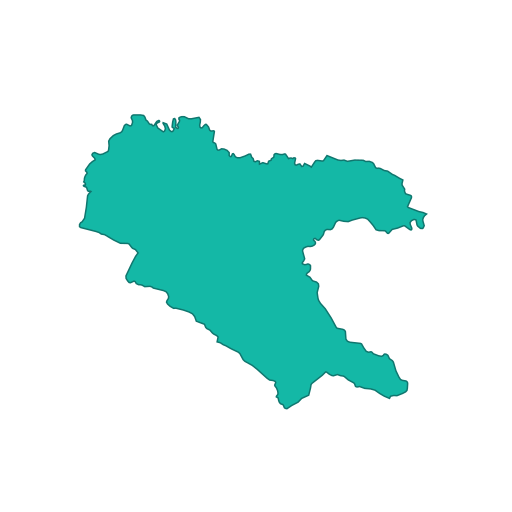 outline of Krong A Na, Đắk Lắk, Vietnam, rotated 202°
{"feature_id": "81297802B38165084831058", "entity_name": "Krong A Na", "entity_type": "district", "adm_level": 2, "iso_a3": "VNM", "parent_name": "Vietnam", "parent_adm1": "Đắk Lắk", "projection": "orthographic", "projection_center": [108.03, 12.494], "detail": "fine", "context": "isolated", "style": "filled", "palette": "teal", "viewbox_px": 512, "rotation_deg": 202, "n_neighbors": 0, "source": "geoboundaries", "source_scale": "gbopen_adm2", "svg_char_len": 6144}
<svg xmlns="http://www.w3.org/2000/svg" viewBox="0 0 512 512"><g transform="rotate(202 256 256)"><path d="M78.9,174.0L78.8,175.7L78.5,176.6L76.0,178.3L73.0,179.3L68.6,183.5L66.4,186.1L65.7,187.9L66.1,190.0L67.6,194.5L68.2,195.5L69.1,196.1L70.1,196.3L73.9,195.5L75.7,195.6L78.2,197.3L83.3,202.0L88.9,209.1L90.3,210.0L93.8,210.8L96.5,213.3L97.3,213.5L98.7,213.7L100.0,213.3L100.5,212.7L100.7,211.5L102.0,210.0L105.0,209.4L110.6,209.3L112.4,210.2L113.5,210.3L115.6,208.9L118.1,208.9L121.7,211.2L125.2,214.0L126.4,214.1L136.7,211.2L139.3,211.2L141.5,212.6L144.8,219.4L145.7,220.1L146.8,220.5L148.1,220.5L153.7,219.4L154.9,219.9L163.1,226.7L172.0,233.0L178.5,236.2L181.3,238.3L182.7,240.0L185.6,245.0L186.5,251.4L187.7,253.5L190.1,254.5L193.8,254.2L194.9,254.5L198.0,256.5L202.1,257.1L202.4,258.2L202.1,259.4L200.8,261.5L200.5,263.1L200.6,264.3L201.8,267.4L202.5,267.9L204.0,268.2L205.0,268.0L206.4,266.8L207.8,266.1L210.0,266.2L210.4,266.6L210.5,267.6L210.0,269.0L209.8,271.6L214.5,277.8L215.0,279.0L214.8,281.0L213.3,282.9L211.5,284.4L209.3,285.1L207.7,286.1L206.3,287.7L205.7,288.9L205.6,289.9L206.1,291.0L207.0,291.7L208.4,292.1L208.8,292.7L208.7,293.8L207.8,294.5L205.4,293.8L203.8,294.1L203.2,295.1L201.7,300.4L201.6,301.4L201.9,304.3L201.4,305.9L200.2,307.2L196.9,308.3L195.6,309.6L195.0,311.8L194.8,316.3L194.4,317.9L193.2,319.6L192.3,320.3L187.5,321.1L183.4,322.4L180.3,325.3L173.7,330.3L171.8,331.4L169.1,332.1L166.3,332.0L163.3,330.6L158.8,328.2L154.5,325.3L151.5,325.6L146.3,327.6L145.3,327.6L142.6,326.3L141.8,326.5L141.4,327.0L139.7,331.7L135.1,335.0L130.8,339.1L129.6,339.7L123.6,338.2L122.6,338.1L121.7,338.5L121.6,339.2L122.0,340.2L124.6,342.8L125.7,344.6L125.1,347.0L123.2,349.1L121.4,349.4L121.0,349.2L118.4,345.2L117.3,344.3L113.9,343.2L112.0,343.8L111.5,344.6L111.4,347.1L114.4,351.0L115.1,352.4L115.2,354.4L114.8,356.5L113.6,358.8L117.3,358.9L121.7,358.2L133.0,358.0L134.0,358.5L133.7,368.2L134.0,369.2L134.6,369.9L135.4,370.1L140.2,369.7L141.4,370.4L142.7,371.9L143.2,373.7L147.0,376.4L147.7,377.7L148.3,381.5L152.0,381.8L157.7,382.7L160.0,382.7L165.7,384.0L169.2,383.3L173.5,383.7L175.2,383.4L176.7,382.6L178.2,382.7L181.6,385.7L183.2,386.3L186.4,386.2L189.7,384.7L192.5,384.9L200.4,381.9L206.7,378.0L210.3,377.9L213.0,376.4L215.9,375.7L227.8,375.7L229.1,369.7L230.0,368.9L234.8,367.7L236.3,366.7L236.8,365.1L238.0,359.1L239.6,359.6L245.6,360.0L246.0,356.9L247.1,356.1L249.8,357.8L251.3,356.8L252.7,355.3L253.8,355.2L255.0,356.5L255.8,361.1L256.6,361.6L257.8,361.1L258.3,360.1L259.6,360.1L261.1,359.6L262.3,358.5L266.8,361.5L267.6,361.4L269.6,359.9L271.8,359.1L275.5,358.6L276.5,358.1L277.2,356.8L276.5,354.3L278.1,351.9L277.9,350.4L279.8,348.6L279.6,345.9L280.6,345.4L284.6,345.1L287.2,342.5L288.3,345.0L290.4,344.8L291.9,343.1L293.4,343.0L295.2,345.3L296.9,345.9L299.2,348.4L300.7,347.8L303.6,344.6L307.6,341.1L310.1,340.1L312.3,340.2L314.3,341.9L315.4,342.4L316.1,341.9L316.2,339.0L317.0,338.5L318.5,339.1L319.6,341.8L322.4,343.1L325.6,343.2L328.1,342.5L329.7,340.5L330.8,339.9L332.0,340.2L335.3,344.8L336.6,345.3L338.1,345.3L338.9,345.8L341.2,355.8L342.0,356.3L344.5,355.0L346.0,355.2L348.3,357.8L351.3,359.4L352.2,359.1L353.1,357.3L353.9,354.8L355.0,354.1L356.2,354.5L357.3,356.3L357.8,359.3L358.6,361.7L360.8,363.2L367.5,358.9L370.0,358.0L374.6,358.3L377.0,357.4L378.4,356.3L379.2,355.1L378.6,353.8L377.7,353.3L377.4,352.0L378.0,348.0L377.6,347.3L376.4,346.6L376.0,345.9L376.2,345.0L376.8,344.8L378.7,345.2L380.5,350.2L381.5,352.0L382.9,353.0L383.9,352.2L383.5,349.2L382.3,344.7L381.8,343.9L379.8,343.7L379.5,343.4L379.7,340.9L380.2,340.0L381.3,339.6L383.3,340.2L388.2,344.9L392.0,344.8L391.8,344.1L389.2,342.2L387.6,339.9L387.6,337.5L388.5,336.4L395.0,337.9L397.7,340.3L397.8,341.4L397.4,342.3L395.8,344.1L395.8,344.8L396.4,345.3L397.0,345.2L398.4,343.6L399.5,338.7L400.2,338.1L400.9,338.1L402.0,339.0L403.5,338.4L404.4,338.5L407.2,340.4L408.9,340.8L411.1,343.2L412.8,344.2L416.0,343.5L422.4,340.9L423.2,340.2L423.7,339.1L423.5,337.4L421.3,335.3L420.5,333.7L420.3,330.8L420.7,329.9L421.6,329.4L425.3,329.7L426.0,329.3L426.9,327.7L426.8,322.8L427.0,321.0L428.0,319.4L431.2,316.8L433.4,314.2L435.3,310.1L435.6,307.3L433.5,303.2L432.4,299.0L432.4,297.5L436.3,293.1L438.3,291.8L439.8,291.4L444.4,291.5L445.9,290.0L446.0,288.3L445.1,287.5L442.4,286.3L441.4,285.4L441.2,284.8L443.1,282.2L444.7,279.0L446.3,272.1L446.0,271.1L444.2,270.3L443.5,269.2L444.2,267.3L444.3,265.3L444.2,263.9L443.4,261.3L443.5,260.2L441.6,259.5L440.9,258.5L440.9,257.7L442.0,257.4L442.3,256.5L441.6,256.2L439.1,256.2L438.3,255.6L436.6,253.5L435.6,253.2L434.0,254.0L433.2,254.0L434.5,250.6L434.7,248.8L431.5,237.5L429.1,226.8L430.0,222.6L431.1,221.1L431.4,219.1L430.6,217.1L429.2,216.7L413.6,218.8L410.2,219.0L407.7,218.4L404.4,219.1L393.8,217.5L386.5,217.0L379.6,219.6L378.2,219.6L374.5,217.4L373.3,216.9L370.2,216.8L366.5,214.7L367.5,210.6L368.3,203.0L369.1,188.8L368.0,186.5L365.6,184.8L363.8,183.9L362.5,184.1L359.7,187.0L358.4,187.0L356.7,185.6L354.2,185.4L351.9,186.2L350.4,186.3L347.7,185.9L342.9,188.2L340.9,188.3L339.2,187.8L328.8,189.3L326.0,189.2L323.7,187.9L321.8,185.7L321.3,183.9L321.8,181.2L321.7,179.7L320.1,178.4L316.9,177.2L312.8,176.6L310.8,177.6L303.1,178.7L297.1,179.0L293.2,178.6L290.1,176.8L286.9,173.2L278.2,173.4L275.9,171.0L274.4,170.3L270.9,170.0L267.6,168.3L266.0,167.8L262.7,167.5L260.8,166.7L259.9,161.8L256.6,162.2L253.1,161.5L250.4,161.5L244.4,160.7L236.4,160.2L234.4,159.5L229.1,155.1L226.9,154.2L218.6,153.2L212.5,151.4L199.9,146.8L196.9,146.1L193.3,147.0L191.2,146.9L190.5,146.4L190.3,145.8L190.3,143.3L189.5,142.4L187.8,141.5L185.5,139.2L184.2,137.1L183.9,135.8L184.5,133.7L184.4,133.0L182.3,132.7L180.7,130.3L179.4,129.0L177.9,128.2L175.5,128.3L174.6,127.8L172.9,126.0L171.8,125.7L170.1,126.0L166.8,130.9L162.2,136.3L160.3,141.1L155.0,146.7L156.0,153.9L156.8,157.4L156.4,158.9L149.9,170.2L148.0,174.6L147.0,174.8L143.9,173.9L141.1,173.6L139.4,173.9L136.1,176.6L133.0,176.7L130.0,177.4L128.9,177.3L124.1,175.7L117.8,175.0L116.7,174.4L114.9,172.4L113.8,172.3L112.5,172.8L111.1,173.8L105.6,174.0L100.0,175.7L95.5,176.2L89.9,174.9L84.5,174.1L78.9,174.0Z" fill="#14b8a6" stroke="#0f766e" stroke-width="1.5"/></g></svg>